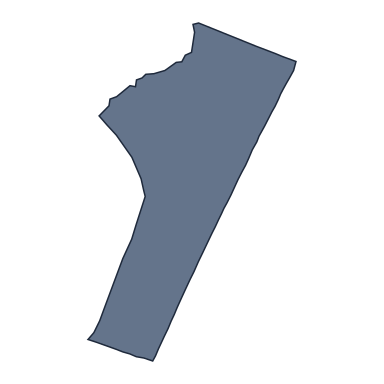 the district of Capão da Canoa, Rio Grande do Sul, Brazil
{"feature_id": "56859067B90274299514744", "entity_name": "Capão da Canoa", "entity_type": "district", "adm_level": 2, "iso_a3": "BRA", "parent_name": "Brazil", "parent_adm1": "Rio Grande do Sul", "projection": "robinson", "projection_center": [-49.997, -29.689], "detail": "fine", "context": "isolated", "style": "filled", "palette": "slate", "viewbox_px": 384, "rotation_deg": 0, "n_neighbors": 0, "source": "geoboundaries", "source_scale": "gbopen_adm2", "svg_char_len": 1096}
<svg xmlns="http://www.w3.org/2000/svg" viewBox="0 0 384 384"><path d="M296.0,61.5L282.4,56.5L275.2,53.5L256.0,46.2L198.6,23.0L193.0,24.4L194.6,32.3L191.5,52.4L185.3,55.2L181.8,61.8L176.2,62.4L164.9,70.5L153.9,73.7L145.8,74.3L142.0,78.0L136.5,79.9L135.5,86.7L130.0,85.7L116.6,96.7L110.0,99.1L109.0,105.8L99.1,115.9L107.1,125.1L116.4,135.2L131.9,157.3L141.1,178.8L143.6,190.0L145.2,196.5L136.2,224.5L131.7,239.2L122.8,258.6L104.0,309.1L99.7,320.8L93.9,332.6L88.0,339.5L95.4,341.9L115.9,349.2L122.8,351.9L129.8,353.9L136.3,356.7L143.8,358.0L152.7,361.0L155.5,355.9L158.6,348.5L161.7,341.9L164.4,336.1L168.1,328.5L171.1,321.2L174.3,314.4L177.3,307.2L182.2,296.4L185.9,288.4L190.2,279.2L194.0,271.6L198.3,261.8L203.0,252.1L207.8,242.0L212.0,233.2L215.3,226.7L218.5,219.8L221.5,213.7L223.9,208.4L226.9,203.0L231.0,194.9L235.2,185.7L238.2,179.2L242.0,171.8L245.5,165.4L248.5,158.8L252.3,149.8L256.8,141.9L259.0,136.2L264.5,126.3L268.7,118.1L271.9,111.8L275.0,106.4L278.4,99.3L280.6,94.0L283.3,88.9L286.5,83.1L289.8,77.4L293.6,70.5L296.0,61.5Z" fill="#64748b" stroke="#1e293b" stroke-width="1.5"/></svg>